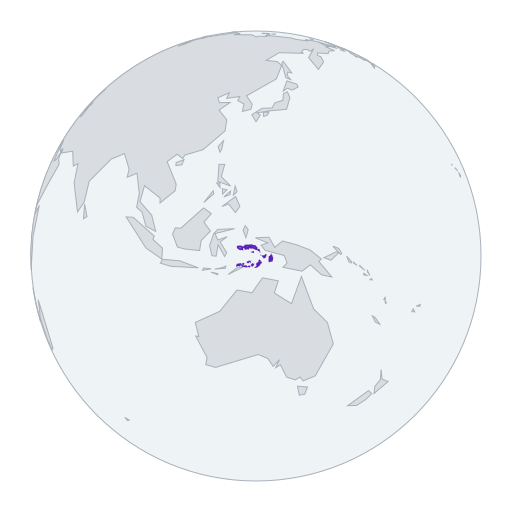 Maluku on an orthographic globe
{"feature_id": "IDN-554", "entity_name": "Maluku", "entity_type": "Province", "adm_level": 1, "iso_a3": "IDN", "parent_name": "Indonesia", "parent_adm1": "", "projection": "orthographic", "projection_center": [130.68, -5.566], "detail": "fine", "context": "on_globe", "style": "filled", "palette": "violet", "viewbox_px": 512, "rotation_deg": 0, "n_neighbors": 0, "source": "natural_earth", "source_scale": "10m", "svg_char_len": 12293}
<svg xmlns="http://www.w3.org/2000/svg" viewBox="0 0 512 512"><circle cx="256" cy="256" r="225" fill="#eef3f6" stroke="#a8b0b8"/><path d="M420.2,304.4L420.0,306.1L419.8,306.2L420.2,304.4ZM366.4,59.6L368.8,61.1L362.1,57.3L375.0,66.1L374.4,68.2L370.6,63.1L366.8,60.5L364.1,60.1L359.6,57.5L355.7,56.1L350.5,53.3L348.7,51.3L345.3,49.7L343.6,49.6L337.3,47.4L340.4,47.6L329.7,43.9L324.8,41.5L325.1,41.6L346.2,49.6L366.4,59.6ZM460.5,177.5L458.6,172.5L460.6,175.6L460.5,177.5ZM456.8,169.5L457.6,171.2L456.8,169.8L456.8,169.5ZM455.8,168.6L456.5,169.3L455.9,169.0L455.8,168.6ZM454.7,167.9L455.2,168.1L455.2,168.3L454.7,167.9ZM452.3,165.4L451.6,164.7L451.9,164.3L452.3,165.4ZM372.8,63.9L373.7,64.1L374.4,64.9L372.8,63.9ZM356.0,56.4L357.2,57.3L354.7,56.3L356.0,56.4ZM344.5,51.3L340.0,49.7L344.2,50.9L344.5,51.3ZM337.2,48.5L326.5,45.4L328.3,46.8L317.3,41.6L330.1,45.6L335.0,46.7L334.3,47.1L337.2,48.5ZM313.0,39.6L310.1,38.8L312.8,39.3L313.0,39.6ZM176.9,45.1L177.3,45.0L180.1,44.0L183.0,42.9L181.7,44.2L183.8,43.4L185.1,42.7L190.2,40.8L198.7,38.4L197.7,38.9L194.5,39.9L186.5,43.1L178.1,46.2L178.6,46.2L185.6,43.8L195.5,39.7L200.9,38.2L196.9,39.7L198.7,39.0L201.1,38.4L202.6,38.6L207.3,36.9L234.7,32.8L240.3,33.5L233.7,34.7L251.9,34.8L256.8,37.1L257.9,36.1L267.4,36.5L266.0,35.7L267.3,35.4L291.0,37.9L295.9,39.4L307.4,40.9L308.0,40.7L305.1,39.5L317.3,41.6L328.3,46.8L326.3,47.0L334.5,50.7L329.0,51.1L328.1,53.6L317.4,52.9L317.7,55.5L320.9,56.8L323.6,61.9L318.4,69.4L308.6,57.6L313.8,48.7L310.5,51.4L307.0,49.4L303.3,49.7L301.3,52.2L303.7,53.3L279.1,52.7L266.1,60.4L277.1,61.5L281.6,65.6L276.4,78.9L246.5,95.8L252.2,104.2L250.9,109.3L242.4,111.4L244.0,104.0L237.6,100.5L239.8,96.5L226.7,98.4L229.3,92.8L217.8,97.8L219.5,102.7L230.1,102.5L219.1,110.1L226.8,119.8L225.0,130.9L203.0,149.7L184.6,155.1L182.9,158.8L177.1,154.2L167.1,161.6L176.2,184.1L175.2,190.7L160.0,203.0L160.1,198.0L144.5,185.7L140.0,201.6L151.7,215.2L155.7,231.4L145.9,226.2L142.1,212.1L136.6,207.3L139.3,193.3L137.0,173.3L127.2,177.2L129.1,169.2L124.5,153.6L111.2,159.1L89.2,181.2L84.2,202.1L77.5,211.9L74.1,182.8L78.0,163.6L73.3,166.0L72.7,151.2L61.6,153.0L63.1,148.4L60.4,151.3L60.4,147.6L63.8,140.3L62.4,141.6L54.1,160.9L55.9,159.8L61.7,151.0L58.7,158.4L59.1,164.3L47.8,184.3L36.4,205.9L40.4,190.6L40.8,189.2L46.0,174.3L52.3,159.8L59.5,145.8L67.7,132.3L76.8,119.4L86.8,107.2L97.7,95.7L109.3,85.0L121.6,75.2L134.6,66.2L148.2,58.2L162.3,51.1L176.9,45.1ZM37.3,202.1L36.2,206.9L35.6,209.6L35.0,213.9L39.3,205.4L38.2,210.7L33.0,236.8L31.1,269.8L30.7,252.7L31.6,235.7L33.8,218.8L37.3,202.1ZM32.9,287.5L34.7,298.0L39.6,318.4L40.5,321.8L36.1,304.8L32.9,287.5ZM79.4,116.7L81.3,116.5L89.5,105.8L90.9,105.0L93.2,102.0L90.1,105.0L97.0,96.8L101.1,93.4L105.5,89.2L105.1,89.2L96.5,96.9L86.5,108.3L82.3,113.0L79.4,116.7ZM124.8,417.4L129.3,420.1L127.6,420.6L124.8,417.4ZM41.8,311.3L53.0,348.3L52.2,349.6L47.4,339.3L40.1,317.2L39.6,309.9L38.1,299.6L41.8,311.3ZM210.9,272.1L217.8,273.6L217.6,274.7L210.9,272.1ZM203.6,268.0L211.4,268.8L202.4,270.3L203.6,268.0ZM214.5,269.1L222.4,267.6L225.8,266.1L225.3,268.3L214.5,269.1ZM198.4,267.8L170.9,266.3L160.4,263.1L162.6,259.3L179.7,260.8L198.4,267.8ZM161.8,259.1L145.9,247.9L126.1,216.9L133.2,217.3L154.3,236.1L152.9,239.4L162.5,248.1L161.8,259.1ZM201.1,240.6L199.6,250.6L184.2,248.9L177.4,247.0L172.6,234.1L175.3,227.8L180.8,228.2L203.6,207.9L211.3,213.6L204.0,222.1L210.4,231.1L201.1,240.6ZM84.6,204.1L87.0,216.5L83.5,218.8L84.6,204.1ZM213.8,193.8L203.9,202.4L213.2,190.8L213.8,193.8ZM219.8,183.0L220.0,187.5L216.6,182.9L219.8,183.0ZM181.8,164.8L175.9,165.6L176.2,162.5L184.0,159.7L181.8,164.8ZM223.5,140.7L221.7,149.3L220.0,152.2L218.1,146.7L223.5,140.7ZM185.8,41.9L184.8,42.3L185.1,42.2L185.8,41.9ZM205.4,36.5L208.4,35.8L202.4,37.2L205.4,36.5ZM231.5,32.8L236.1,32.1L237.2,32.3L236.3,32.4L231.5,32.8ZM232.1,32.5L232.0,32.1L236.5,31.7L235.7,32.0L232.1,32.5ZM368.5,390.6L371.8,393.6L365.5,399.7L356.6,405.4L347.6,405.7L368.5,390.6ZM299.3,395.2L297.5,386.2L307.5,387.0L304.6,394.3L299.3,395.2ZM374.9,386.3L380.4,379.6L381.1,369.5L382.1,379.2L388.1,381.5L374.0,393.5L374.9,386.3ZM258.2,354.5L215.6,367.4L205.7,364.6L207.1,357.6L195.7,336.0L198.8,336.6L195.3,322.4L219.8,311.3L237.0,290.0L252.0,292.8L262.5,277.8L278.3,280.8L274.3,293.0L291.5,303.7L301.4,276.5L313.7,309.0L327.4,322.5L333.3,343.9L315.2,375.9L303.2,380.9L300.1,377.0L295.3,379.9L286.7,377.1L280.4,364.8L275.7,367.7L279.5,359.6L273.1,366.4L267.9,358.5L258.2,354.5ZM372.3,315.9L375.1,317.5L379.9,324.3L375.5,322.2L372.3,315.9ZM413.2,308.8L414.8,311.9L411.8,311.7L413.2,308.8ZM419.8,306.2L416.2,306.2L420.2,304.4L419.8,306.2ZM385.0,300.5L386.5,302.9L385.4,303.3L385.0,300.5ZM383.8,299.6L385.3,296.8L385.2,299.9L383.8,299.6ZM370.0,279.7L371.5,278.5L372.3,279.9L370.0,279.7ZM228.1,274.5L237.6,267.3L243.0,267.2L228.1,274.5ZM367.5,275.8L363.5,274.7L363.9,273.2L367.5,275.8ZM367.6,272.1L367.1,269.7L369.8,275.6L367.6,272.1ZM359.8,265.4L364.8,270.4L359.3,265.8L359.8,265.4ZM356.9,265.3L353.4,262.9L353.6,262.2L356.9,265.3ZM318.8,261.4L331.8,277.0L321.7,274.9L310.3,264.8L302.0,271.2L282.9,267.3L287.1,263.1L284.3,255.5L265.0,250.3L261.1,245.2L267.8,242.9L255.4,237.8L269.0,237.2L274.7,247.4L282.5,241.0L296.3,244.7L310.0,249.9L321.4,259.0L318.8,261.4ZM269.4,258.3L271.8,258.6L269.8,261.3L269.4,258.3ZM346.7,256.2L351.8,261.9L351.2,263.0L348.8,261.8L346.7,256.2ZM323.9,257.7L336.0,251.9L338.9,252.6L331.0,260.2L323.9,257.7ZM332.9,246.2L338.7,248.4L341.8,253.5L340.6,254.5L332.9,246.2ZM241.6,246.5L241.1,249.1L237.6,246.7L241.6,246.5ZM246.0,245.3L256.6,249.3L245.1,247.5L246.0,245.3ZM215.0,233.6L217.9,240.0L227.2,236.7L220.1,241.9L226.7,252.7L224.6,256.5L218.1,244.8L216.1,256.2L212.0,255.7L209.6,245.6L213.6,233.9L217.7,229.4L234.6,228.7L215.0,233.6ZM245.9,237.7L243.1,230.2L245.2,225.7L248.2,229.7L245.9,237.7ZM235.4,212.5L228.5,204.0L222.0,206.5L235.6,196.5L239.9,206.3L235.4,212.5ZM230.1,194.6L223.9,196.9L230.6,191.0L230.1,194.6ZM222.6,194.1L222.3,188.7L227.0,189.8L222.6,194.1ZM233.3,195.2L235.1,186.1L237.1,191.7L233.3,195.2ZM221.3,176.7L230.7,186.1L217.8,181.4L219.0,164.4L224.7,164.4L221.3,176.7ZM263.7,116.5L263.3,112.3L268.9,112.1L267.6,115.0L263.7,116.5ZM286.6,109.3L270.2,110.8L257.0,112.9L260.3,115.1L256.0,121.7L251.8,114.7L262.2,108.2L272.0,108.0L274.9,102.8L282.9,100.3L283.4,93.8L287.4,91.7L289.9,97.7L286.6,109.3ZM283.2,91.1L286.9,80.9L296.7,84.1L298.1,87.0L292.2,90.1L287.4,88.2L283.2,91.1ZM290.7,79.6L286.0,77.9L281.7,63.4L283.2,61.3L291.7,72.9L287.8,72.1L287.1,75.4L290.7,79.6ZM310.3,39.1L310.2,38.8L312.1,39.5L310.3,39.1ZM266.3,35.0L268.4,34.7L270.6,35.2L266.3,35.0ZM275.3,34.3L271.3,33.9L275.9,34.1L275.3,34.3ZM262.5,33.2L270.0,33.6L262.3,33.6L262.5,33.2Z" fill="#d9dde1" stroke="#a8b0b8" stroke-width="1"/><path d="M256.8,248.2L256.6,248.6L256.6,249.3L255.7,249.0L255.0,248.4L253.3,247.8L253.2,247.4L252.9,247.2L251.4,247.1L251.6,247.6L251.3,247.7L249.7,247.3L249.3,247.3L249.2,247.2L249.3,246.9L248.9,246.7L248.2,247.3L248.1,247.6L247.4,247.7L247.0,247.5L246.5,246.8L246.2,246.7L246.3,246.4L246.1,246.2L245.8,246.5L245.7,247.2L245.4,247.5L245.2,248.1L245.2,247.2L244.9,246.6L245.5,246.2L245.9,246.2L245.9,245.9L246.0,245.7L246.2,245.4L247.5,245.3L248.9,245.4L249.6,245.2L249.7,245.5L249.8,245.7L250.1,245.8L250.1,245.6L250.3,245.7L250.8,245.4L251.0,245.1L251.5,245.1L252.4,245.4L252.6,245.6L252.8,245.5L253.2,245.8L254.9,245.9L255.2,246.3L255.6,246.4L255.9,247.5L256.5,247.6L256.5,247.8L256.8,248.2ZM242.6,247.4L242.5,248.3L242.4,248.5L242.0,248.5L241.2,249.1L240.4,249.4L238.4,248.5L238.2,248.0L237.9,247.7L237.7,247.4L237.6,247.0L237.7,246.7L238.0,246.4L238.4,246.7L238.7,246.5L239.3,246.3L240.9,246.3L241.1,246.5L241.2,246.4L241.9,246.7L242.0,247.0L241.8,247.0L242.0,247.4L242.6,247.4ZM271.9,258.4L271.7,259.0L271.3,259.2L270.3,258.6L270.0,258.2L270.4,257.9L270.2,257.8L270.2,257.6L270.5,256.9L270.3,257.0L270.2,256.9L269.9,256.8L269.8,256.6L270.0,256.5L270.4,256.6L270.8,255.9L270.8,256.0L271.0,256.0L271.0,255.5L271.4,255.6L271.7,255.9L271.6,256.0L271.8,256.2L271.9,256.5L271.7,257.1L271.9,257.2L272.0,257.3L271.7,257.4L271.8,257.6L271.5,257.5L271.3,257.6L271.5,257.6L272.0,258.1L271.7,258.5L271.9,258.4ZM260.1,262.4L259.8,262.6L259.8,263.2L260.0,263.3L259.8,263.6L259.7,264.1L258.8,265.0L258.5,265.6L258.4,265.6L258.5,265.4L258.3,265.3L258.1,265.6L257.7,265.6L257.7,265.3L257.6,265.0L257.9,264.8L257.8,264.7L257.7,264.4L257.8,264.3L258.2,264.4L258.0,264.2L258.2,263.6L258.5,263.3L258.8,263.0L259.0,263.0L259.2,262.5L259.4,262.5L259.3,262.3L259.5,262.2L259.8,262.1L259.8,262.3L260.0,262.2L260.1,262.4ZM240.9,264.3L241.0,264.7L240.6,264.6L240.0,264.9L239.6,265.5L239.4,265.4L238.5,265.3L238.3,265.2L238.0,265.2L237.5,265.3L237.1,265.7L236.9,265.7L237.1,265.1L237.3,264.9L237.3,264.7L237.7,264.3L238.6,264.5L238.8,264.4L239.1,264.4L239.7,264.0L240.2,263.9L240.3,264.1L240.6,264.3L240.9,264.3ZM270.8,260.0L271.0,260.1L270.9,260.3L270.5,260.3L270.2,261.1L269.7,261.4L269.5,261.1L269.2,261.0L269.2,260.8L269.4,259.6L269.8,259.7L269.7,259.5L269.4,259.4L269.4,258.5L269.5,258.4L270.1,258.9L270.1,259.1L270.2,259.3L270.7,259.5L270.9,259.8L270.8,260.0ZM246.8,247.9L246.8,248.4L246.5,248.4L246.6,248.6L246.4,248.8L245.9,249.0L246.4,248.5L246.3,248.4L245.4,249.0L245.2,248.9L245.1,248.7L245.4,248.4L245.7,248.2L246.1,248.2L246.6,247.9L246.8,247.9ZM252.6,264.9L252.8,265.3L252.5,265.8L252.2,265.7L251.7,265.2L251.7,264.9L251.9,264.8L252.6,264.9ZM265.8,255.0L265.5,256.1L265.0,256.7L264.9,257.2L264.5,257.7L264.8,256.8L264.8,256.5L264.9,256.3L265.1,256.3L265.5,255.0L265.6,254.9L265.8,255.0ZM264.3,256.9L264.2,257.4L264.1,257.5L264.0,257.3L263.9,257.4L263.7,257.1L263.9,256.8L263.6,256.2L263.9,256.1L263.9,256.3L264.1,256.4L264.3,256.9ZM270.4,258.8L270.6,258.9L270.3,259.1L269.8,258.5L269.6,258.5L269.7,258.3L269.5,257.9L269.8,257.8L269.9,258.0L270.0,258.0L269.9,258.3L270.4,258.8ZM245.9,266.1L246.1,266.2L245.7,266.6L245.0,266.4L244.6,266.1L244.9,266.0L245.6,266.2L245.9,266.1ZM271.3,259.4L271.1,259.6L271.1,259.8L270.8,259.4L270.6,259.4L270.3,259.2L270.7,258.9L271.3,259.4ZM257.6,266.2L258.0,266.1L257.5,266.4L256.8,266.6L256.8,266.8L256.3,266.9L256.7,266.5L256.9,266.4L257.0,266.1L257.4,265.9L257.6,266.2ZM261.1,262.4L261.0,262.6L260.7,262.3L260.1,262.2L260.8,262.1L261.1,262.4ZM248.2,262.2L248.2,262.3L248.0,262.5L247.6,262.2L248.0,261.9L248.3,262.1L248.2,262.2ZM247.6,248.0L247.7,248.3L247.0,248.5L247.2,248.0L247.6,248.0ZM243.5,263.7L243.5,264.0L243.1,264.3L243.1,263.7L243.5,263.7ZM248.3,248.0L248.3,248.3L248.1,248.2L248.0,248.4L247.7,247.9L248.1,248.0L248.2,247.9L248.3,248.0ZM249.6,266.4L249.5,266.6L249.3,266.5L249.0,266.5L248.8,266.4L249.0,266.3L249.6,266.4ZM257.9,263.2L257.6,263.6L257.2,263.5L257.3,263.3L257.9,263.2ZM271.7,260.1L271.8,260.2L271.6,260.8L271.4,260.7L271.7,260.1ZM244.6,246.6L244.7,246.8L244.2,246.9L244.3,246.6L244.6,246.6ZM246.4,266.4L246.5,266.7L246.3,266.7L245.9,266.6L246.0,266.4L246.4,266.4ZM242.5,249.2L242.5,249.5L242.1,249.4L242.2,249.2L242.5,249.2ZM272.2,258.9L272.4,259.0L272.2,259.6L272.1,259.3L272.2,258.9ZM245.2,245.6L245.5,245.7L245.3,246.0L244.8,246.1L245.2,245.8L245.2,245.6ZM243.8,247.0L244.1,247.3L243.6,247.2L243.4,247.1L243.8,247.0ZM244.6,266.2L244.7,266.4L244.3,266.5L244.0,266.4L244.3,266.2L244.6,266.2ZM271.6,259.6L271.8,259.9L271.6,260.0L271.4,259.7L271.6,259.6ZM257.2,264.2L257.8,264.1L257.6,264.4L257.1,264.4L257.2,264.2ZM264.3,256.0L264.3,256.4L264.1,256.5L264.1,256.2L264.2,255.9L264.2,256.0L264.3,256.0ZM242.5,265.7L242.6,266.0L242.3,266.0L242.3,265.7L242.5,265.7ZM257.2,263.7L257.2,263.8L256.6,263.7L257.2,263.7ZM258.9,249.7L259.0,250.1L258.8,250.0L258.7,249.7L258.9,249.7ZM259.6,260.4L259.7,260.5L259.4,260.9L259.3,260.6L259.6,260.4ZM269.8,256.8L269.8,257.0L269.7,257.1L269.6,256.8L269.8,256.8ZM248.6,248.5L248.4,248.5L248.6,248.5ZM258.4,250.1L258.8,250.4L258.4,250.3L258.4,250.1ZM259.6,251.5L259.9,251.9L259.6,251.5ZM258.3,262.8L258.3,263.1L258.1,263.0L258.3,262.8ZM261.1,255.0L261.0,255.3L261.0,255.1L261.1,255.0ZM262.4,255.8L262.7,255.9L262.6,256.0L262.4,255.8ZM252.8,252.0L253.1,251.9L253.1,252.1L252.8,252.0ZM251.4,260.7L251.5,260.6L251.4,260.7ZM258.1,249.8L258.2,250.0L258.1,249.8ZM260.1,252.6L260.1,252.9L260.1,252.7L260.1,252.6ZM252.2,263.9L252.0,263.7L252.2,263.8L252.2,263.9ZM253.4,264.4L253.3,264.6L253.3,264.4L253.4,264.4ZM250.0,261.6L249.9,261.5L250.0,261.5L250.0,261.6ZM253.5,264.6L253.4,264.7L253.5,264.6Z" fill="#8b5cf6" stroke="#5b21b6" stroke-width="1.5"/></svg>